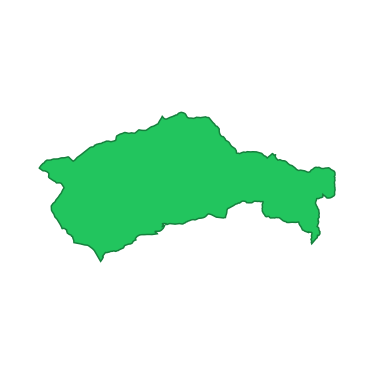 Valea Ierii, Cluj, Romania, rotated 52°
{"feature_id": "2599482B95290613359909", "entity_name": "Valea Ierii", "entity_type": "district", "adm_level": 2, "iso_a3": "ROU", "parent_name": "Romania", "parent_adm1": "Cluj", "projection": "orthographic", "projection_center": [23.285, 46.581], "detail": "fine", "context": "isolated", "style": "filled", "palette": "green", "viewbox_px": 384, "rotation_deg": 52, "n_neighbors": 0, "source": "geoboundaries", "source_scale": "gbopen_adm2", "svg_char_len": 6047}
<svg xmlns="http://www.w3.org/2000/svg" viewBox="0 0 384 384"><g transform="rotate(52 192 192)"><path d="M159.2,316.2L164.1,311.9L167.7,309.1L169.6,307.1L170.9,306.5L175.3,305.3L178.0,305.0L190.4,306.7L189.6,304.0L188.8,302.3L188.2,302.3L188.1,301.8L187.5,301.8L186.4,297.4L186.9,297.0L187.5,296.1L187.9,295.0L188.4,294.1L188.7,292.7L189.8,291.1L190.3,289.7L191.5,289.0L191.9,288.4L192.2,287.1L192.7,286.2L192.8,284.6L193.8,280.6L193.8,280.2L192.9,278.6L192.8,277.8L194.0,274.1L195.0,272.6L195.4,271.0L195.3,270.1L194.7,269.0L194.7,267.7L195.2,265.7L194.3,265.7L193.8,265.1L193.3,263.5L193.2,262.2L193.6,259.7L194.7,257.8L196.7,255.2L197.6,253.8L201.0,249.5L203.6,245.0L203.2,244.9L201.3,245.7L200.7,245.5L200.4,245.2L202.8,241.8L203.0,241.4L203.2,239.5L202.9,237.2L202.5,236.1L201.6,234.3L200.9,236.6L200.7,236.4L200.6,235.4L200.2,234.8L198.9,234.9L198.8,234.7L199.8,233.1L200.6,232.6L200.9,231.9L202.2,231.8L202.8,229.8L203.3,228.8L206.9,225.1L209.1,221.4L211.1,219.5L211.5,218.9L211.6,218.6L211.7,217.5L212.1,216.3L212.0,215.1L212.5,213.8L212.5,212.8L213.0,211.8L213.6,209.6L214.4,208.1L215.8,206.8L216.3,205.4L216.7,203.4L217.0,202.7L218.2,200.9L219.1,199.1L219.6,197.4L219.6,195.2L219.2,193.6L219.5,192.3L221.6,190.7L226.8,188.3L231.8,183.2L232.2,182.1L232.7,181.4L231.5,180.0L230.3,178.1L229.4,177.1L227.6,175.4L227.2,174.3L227.1,173.5L227.4,172.8L228.3,167.4L228.4,165.2L229.1,163.6L229.2,162.3L230.0,161.3L230.1,158.1L230.9,157.0L232.4,155.6L234.1,155.5L234.3,155.3L237.1,151.8L237.4,151.2L237.5,149.1L237.7,148.4L239.1,146.8L239.5,146.6L240.8,144.7L241.8,144.0L243.2,142.0L244.1,142.6L245.1,144.4L247.5,145.9L248.2,146.9L249.2,147.4L250.2,148.3L253.0,148.9L254.6,148.8L255.9,149.1L257.1,148.8L257.5,148.3L258.0,147.1L258.5,146.6L258.9,146.4L260.0,146.4L260.8,146.1L262.6,143.6L263.4,142.8L263.8,141.5L264.9,140.4L266.0,139.0L270.7,137.9L272.2,137.1L273.1,136.3L274.4,136.0L275.6,134.6L277.4,131.8L279.9,128.9L281.0,126.9L281.4,126.5L283.7,127.4L287.0,127.6L289.9,128.3L291.0,127.6L292.2,127.3L295.7,125.1L295.4,124.6L295.8,124.4L297.2,122.8L297.9,122.6L298.4,122.9L300.2,125.0L301.7,125.7L302.0,126.1L302.3,126.9L302.7,127.5L304.3,127.8L305.1,129.0L306.5,129.5L305.1,122.9L305.1,121.5L303.4,119.8L303.6,119.5L304.1,119.4L304.2,118.5L303.8,117.2L303.2,116.5L302.5,116.4L302.2,116.1L302.2,115.7L300.2,115.4L299.0,114.6L297.9,114.2L297.0,114.6L296.5,114.4L296.2,114.6L295.8,113.8L295.2,113.2L294.7,112.1L293.7,110.8L293.0,110.3L292.5,110.6L291.9,109.8L290.9,109.5L290.7,109.2L290.3,107.5L290.0,107.4L289.3,106.6L288.2,106.4L287.7,105.4L287.0,104.8L286.3,104.6L286.1,104.3L284.9,103.8L284.6,103.4L284.0,103.1L283.4,103.0L282.5,103.2L281.2,102.5L280.1,102.5L277.0,101.7L276.0,100.7L274.7,98.6L274.0,97.8L274.2,97.3L275.1,96.4L275.5,94.4L275.9,93.9L276.4,92.1L276.2,91.7L274.8,90.8L274.4,90.3L276.3,90.0L277.8,89.5L279.4,89.5L280.4,88.7L281.6,86.9L282.2,85.0L282.2,83.8L282.4,82.5L282.0,81.3L279.7,79.6L278.4,77.9L277.3,77.4L276.9,76.8L275.7,76.5L275.4,76.0L275.0,75.9L274.3,75.2L273.2,74.5L272.7,74.4L271.4,73.1L270.9,72.2L269.3,71.3L268.6,70.5L267.5,70.4L266.8,69.0L266.1,68.4L265.3,67.9L265.0,67.6L263.3,67.1L262.6,67.6L262.1,67.6L259.4,68.8L258.6,68.8L257.8,69.0L256.9,69.6L256.3,70.7L255.6,71.6L254.3,74.2L253.1,75.5L250.7,76.7L250.0,78.0L249.0,78.9L248.5,79.7L248.3,81.0L248.4,82.8L248.1,84.7L248.7,86.5L248.2,87.9L247.7,88.6L244.7,90.2L241.5,93.1L241.1,94.0L240.4,95.0L238.7,95.7L236.2,96.0L232.8,96.9L230.8,98.3L228.8,98.8L226.6,99.0L225.2,99.4L224.2,100.1L222.8,101.7L220.7,102.8L219.8,104.7L217.3,104.9L215.7,104.7L214.6,104.1L214.3,103.4L214.1,103.3L213.9,103.6L213.5,104.7L212.0,104.7L211.3,104.9L211.2,105.1L211.4,107.7L211.4,109.6L211.5,111.8L209.2,112.0L208.2,112.7L207.6,112.9L204.5,113.3L200.1,116.5L197.6,119.4L196.6,121.0L194.2,123.7L193.8,125.3L192.3,126.7L191.6,128.6L191.1,130.8L190.0,131.6L189.1,132.8L188.5,132.9L187.6,132.2L186.6,131.7L184.3,131.4L180.6,132.6L179.2,132.7L176.0,132.3L175.0,132.4L171.8,133.6L170.6,133.2L168.3,133.2L167.5,133.4L167.0,134.0L166.2,134.4L165.0,134.6L162.6,134.1L160.5,132.9L159.3,131.9L158.7,131.7L155.8,131.8L154.5,132.6L153.9,132.7L152.6,132.4L150.0,132.8L144.0,132.9L143.3,133.3L142.5,134.3L141.2,135.0L138.4,139.9L137.8,140.3L136.9,141.4L135.9,142.4L135.4,144.4L135.0,145.4L133.0,147.4L132.0,148.8L131.1,149.4L130.3,149.7L129.0,149.6L127.0,149.2L125.8,149.3L124.4,150.0L122.7,151.3L122.4,151.8L121.7,154.1L122.0,156.4L121.8,156.8L121.2,157.7L121.2,159.0L120.8,159.6L120.7,160.5L119.7,163.3L118.9,167.0L118.3,167.9L117.1,168.7L114.1,168.9L114.8,170.3L116.1,174.0L117.4,177.0L117.0,178.2L116.9,179.5L116.4,182.0L115.7,183.5L115.4,185.0L115.4,186.1L115.3,187.4L115.2,189.9L114.9,190.6L113.3,192.7L112.1,194.0L110.5,195.4L110.3,195.8L110.5,199.6L110.4,200.9L109.9,201.6L108.1,203.3L107.0,205.6L103.8,208.2L103.5,208.9L103.0,210.9L102.1,213.0L101.5,216.7L101.7,217.2L102.3,218.0L104.1,219.9L104.2,220.7L103.7,222.3L102.5,224.9L100.6,226.4L99.2,228.2L98.6,230.8L98.1,231.7L97.9,233.4L97.8,233.9L97.2,234.5L95.6,238.1L95.6,239.3L95.2,240.1L95.6,240.8L95.7,241.5L95.3,242.7L94.6,243.6L94.2,245.1L94.3,256.7L94.1,261.2L94.7,264.5L94.6,266.6L93.9,266.9L91.6,267.3L88.5,267.7L88.0,268.1L86.8,270.9L86.0,272.2L84.6,274.0L83.5,277.1L81.6,279.8L81.0,280.4L80.2,282.2L79.9,283.5L78.8,285.2L77.6,286.6L77.5,288.3L77.5,289.0L78.0,290.2L77.8,292.1L78.2,294.8L79.1,297.6L79.4,297.7L81.3,297.0L83.1,296.6L83.7,296.2L84.6,295.1L85.3,294.6L87.1,293.7L88.6,293.4L89.1,293.4L89.9,293.9L91.8,295.7L92.4,295.8L93.3,295.7L98.1,294.1L99.4,293.4L101.4,293.2L103.3,290.6L104.5,289.8L105.1,289.7L109.6,290.1L110.0,290.4L110.7,292.5L112.4,295.8L112.9,298.1L113.7,300.3L114.5,304.1L115.4,305.9L115.5,308.9L115.9,309.7L116.1,310.8L116.4,311.5L116.9,311.9L119.8,313.9L121.2,314.2L124.7,314.5L127.1,315.4L130.4,315.1L136.4,315.8L139.4,316.4L140.8,316.9L141.0,316.8L141.5,315.7L142.1,315.1L143.1,314.6L144.1,314.5L144.5,314.1L146.0,314.9L146.7,315.0L147.1,315.4L147.5,315.5L150.0,314.8L151.2,313.9L152.7,314.1L153.5,313.5L154.3,314.0L157.4,315.0L159.2,316.2Z" fill="#22c55e" stroke="#15803d" stroke-width="1.5"/></g></svg>